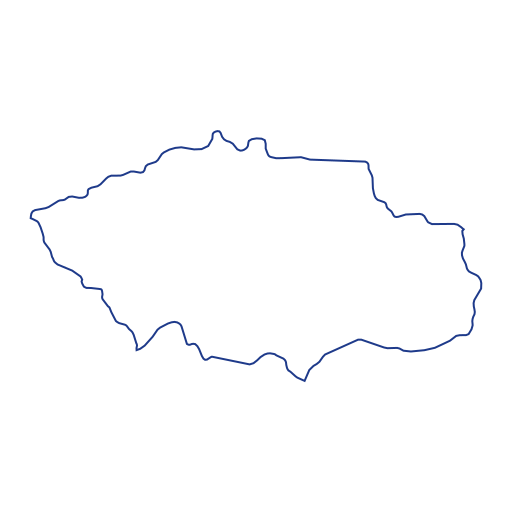 an SVG outline of Uvs
{"feature_id": "MNG-3322", "entity_name": "Uvs", "entity_type": "Province", "adm_level": 1, "iso_a3": "MNG", "parent_name": "Mongolia", "parent_adm1": "", "projection": "natural_earth1", "projection_center": [92.636, 49.633], "detail": "fine", "context": "isolated", "style": "outline", "palette": "blue", "viewbox_px": 512, "rotation_deg": 0, "n_neighbors": 0, "source": "natural_earth", "source_scale": "10m", "svg_char_len": 3844}
<svg xmlns="http://www.w3.org/2000/svg" viewBox="0 0 512 512"><path d="M217.5,131.1L219.4,131.4L220.6,132.9L222.1,136.8L224.0,139.3L226.5,140.9L229.8,141.9L232.8,143.7L237.3,149.3L240.2,150.6L242.0,150.5L243.8,149.9L245.6,148.8L247.0,147.5L247.9,145.9L248.4,142.5L248.9,140.9L251.8,139.2L256.6,138.4L261.6,138.7L264.8,140.2L265.7,143.8L265.7,148.6L267.2,152.6L268.0,154.6L268.7,155.7L269.6,156.5L271.2,157.1L276.1,158.2L278.8,158.2L282.6,158.1L301.0,157.2L310.0,159.6L337.6,160.6L365.2,161.6L366.9,162.4L368.1,163.7L368.5,165.2L368.6,168.9L371.8,175.3L372.5,177.8L372.9,188.2L373.9,193.4L374.7,196.0L375.8,198.1L377.7,199.9L384.3,202.2L385.6,203.2L386.2,204.5L386.5,206.0L387.0,207.5L388.0,208.7L391.4,211.4L392.2,212.7L393.7,215.6L394.6,216.6L396.2,217.0L398.3,216.8L405.8,214.5L419.7,213.9L422.2,214.5L424.3,216.1L426.2,219.3L427.6,221.6L428.2,222.3L432.0,224.1L454.0,223.9L457.6,224.7L461.2,227.2L462.5,228.4L463.7,229.3L462.3,231.0L462.6,234.3L463.8,238.6L464.4,244.1L464.4,245.7L464.3,246.1L464.0,246.9L462.6,250.4L461.9,252.7L462.0,255.3L462.9,258.4L464.9,262.2L465.9,264.4L466.9,268.4L467.5,269.6L468.9,271.4L471.2,272.7L476.2,275.0L478.2,276.4L479.6,278.4L480.6,280.1L481.3,283.1L481.1,288.6L474.3,300.1L473.6,303.1L473.8,306.4L474.4,309.2L474.8,311.9L474.5,314.2L473.3,316.7L472.6,318.9L472.3,321.1L472.6,324.4L472.6,325.5L471.5,329.3L468.6,334.1L466.1,335.1L459.7,335.2L456.2,335.9L450.0,340.7L444.5,343.3L434.9,347.8L424.4,350.2L410.9,351.5L403.5,350.7L403.1,350.5L399.5,348.5L397.1,347.9L387.5,348.2L384.1,347.5L361.4,339.7L358.0,339.7L325.1,354.5L323.0,356.7L319.4,361.8L316.7,364.0L313.5,365.9L309.3,370.0L304.6,380.9L297.3,377.6L295.5,376.3L290.4,371.7L288.5,370.5L288.5,370.4L288.1,370.0L287.6,369.2L287.3,368.7L286.9,367.5L286.3,365.0L286.0,362.4L285.8,361.8L285.6,361.2L285.3,360.7L284.9,360.0L283.4,358.6L276.9,355.6L275.8,355.0L275.5,354.6L274.9,354.3L274.1,354.0L270.0,353.3L267.5,353.5L264.5,354.5L260.5,357.1L257.2,360.3L253.5,363.2L249.6,364.4L240.9,362.6L211.9,356.7L210.7,357.2L207.0,359.6L205.1,359.8L203.5,358.7L201.9,356.0L199.1,349.1L197.4,346.2L195.2,344.1L193.3,343.8L191.8,344.0L189.8,344.8L188.4,344.7L186.9,343.9L181.5,326.3L180.5,324.6L179.2,323.5L177.2,322.4L174.5,321.9L171.6,322.3L168.0,323.5L160.1,327.6L157.5,329.7L152.6,336.8L144.7,345.6L140.2,348.8L136.6,350.1L136.5,348.1L137.0,345.6L136.9,344.8L136.7,344.0L136.3,343.2L133.7,334.9L132.6,332.6L132.2,332.0L131.4,331.1L129.0,329.0L127.1,326.4L126.5,325.7L125.9,325.2L124.9,324.7L119.1,323.1L117.2,322.0L115.9,321.0L111.3,312.1L109.5,307.6L109.2,307.2L108.5,306.7L107.9,306.2L102.9,299.6L102.4,298.8L102.2,298.0L102.1,297.4L102.1,296.8L102.2,296.2L102.4,295.2L102.5,294.6L102.5,294.0L102.1,291.2L101.8,290.1L101.4,289.5L100.9,289.2L98.9,288.9L91.0,288.0L86.4,287.9L84.3,286.9L83.9,286.6L83.6,286.1L82.3,283.7L81.9,282.6L81.8,282.2L81.6,281.4L81.8,280.8L82.2,279.7L81.5,278.1L80.6,276.5L72.2,270.6L57.6,264.5L55.4,262.7L54.7,262.0L54.2,261.4L53.7,260.4L53.3,259.3L52.8,258.2L52.2,257.2L52.0,256.7L50.7,251.8L49.6,249.5L44.4,242.6L44.0,241.7L43.7,240.5L43.6,239.8L43.6,237.4L43.5,236.7L42.7,233.6L40.6,227.3L38.6,223.0L38.1,222.3L37.7,221.8L36.8,221.1L32.6,219.0L30.7,218.2L30.9,216.1L31.4,213.5L32.7,211.4L35.1,210.1L45.5,208.2L48.7,207.0L58.3,201.0L59.9,200.4L63.1,200.1L64.7,199.7L68.7,196.9L72.2,196.5L78.9,197.8L82.4,197.7L83.8,197.3L85.2,196.8L86.4,195.9L87.5,194.6L87.8,193.2L87.9,190.3L88.6,189.1L91.4,187.7L97.6,186.2L100.5,184.3L106.2,178.5L108.3,176.8L111.2,175.7L120.5,175.6L123.1,174.9L130.8,171.5L133.7,171.5L140.4,172.7L143.0,172.1L144.4,170.4L145.0,168.3L145.8,166.2L147.8,164.5L155.7,161.9L157.8,160.1L161.8,154.1L163.9,152.4L169.4,149.6L175.3,147.9L181.3,147.3L194.1,149.4L201.6,149.1L208.2,146.0L212.3,138.9L212.5,137.0L212.6,135.2L212.9,133.6L214.0,132.4L215.5,131.6L217.5,131.1Z" fill="none" stroke="#1e3a8a" stroke-width="2"/></svg>